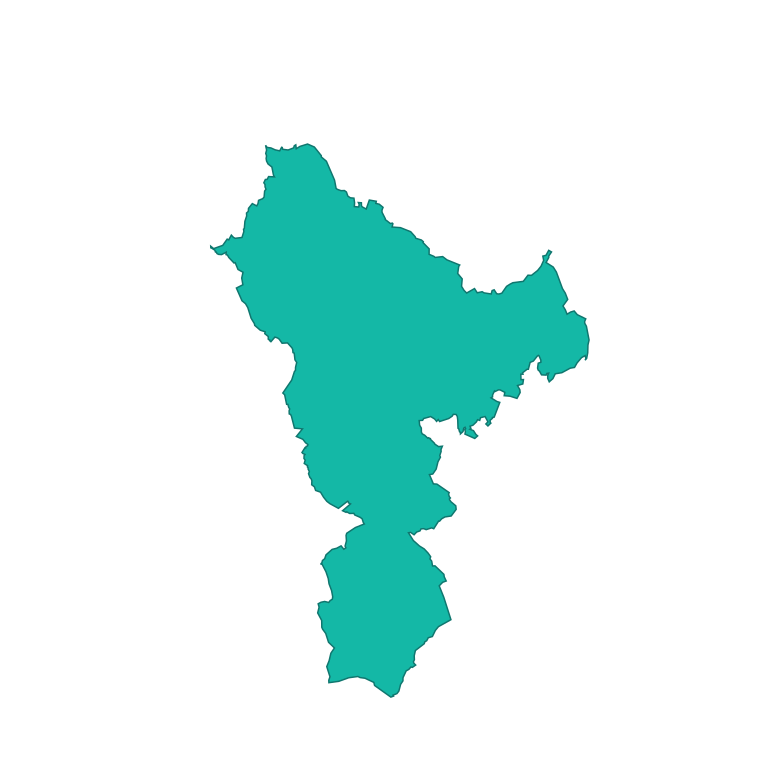 outline of Lupeni, Harghita, Romania, rotated 146°
{"feature_id": "2599482B15236521048096", "entity_name": "Lupeni", "entity_type": "district", "adm_level": 2, "iso_a3": "ROU", "parent_name": "Romania", "parent_adm1": "Harghita", "projection": "albers", "projection_center": [25.242, 46.419], "detail": "fine", "context": "isolated", "style": "filled", "palette": "teal", "viewbox_px": 768, "rotation_deg": 146, "n_neighbors": 0, "source": "geoboundaries", "source_scale": "gbopen_adm2", "svg_char_len": 6171}
<svg xmlns="http://www.w3.org/2000/svg" viewBox="0 0 768 768"><g transform="rotate(146 384 384)"><path d="M450.6,595.1L451.2,594.1L450.7,594.1L451.0,593.2L449.4,589.5L449.9,587.7L449.3,587.3L449.5,585.5L448.7,584.0L446.3,582.1L441.1,581.5L442.6,579.6L441.7,578.4L441.9,575.6L440.7,568.2L439.5,567.8L441.0,560.6L438.4,555.5L442.7,551.4L445.5,545.2L452.7,546.1L455.2,532.4L453.9,528.0L454.2,523.5L457.4,512.8L457.7,506.5L458.4,504.9L456.5,497.8L453.3,493.7L454.7,492.4L453.4,488.1L454.9,485.9L454.1,484.3L454.6,484.0L454.1,482.3L448.2,483.9L446.5,481.7L445.8,479.7L445.7,474.8L441.0,472.0L440.1,465.4L440.4,463.7L441.9,460.9L441.2,459.8L444.3,453.8L444.3,450.7L448.0,447.3L449.8,444.8L451.2,444.5L458.3,438.9L472.9,433.1L472.4,430.6L476.1,421.6L475.1,420.9L476.1,417.9L476.1,416.1L477.6,414.9L479.3,412.2L478.5,411.0L478.7,409.2L482.9,397.5L476.7,392.4L486.0,389.5L482.2,383.5L481.9,379.1L480.9,376.4L482.0,375.4L483.5,375.8L484.7,374.8L485.1,375.4L490.3,373.1L490.1,371.7L488.9,369.8L490.3,369.3L492.0,367.0L491.9,365.0L494.6,362.7L493.0,359.0L493.9,358.1L493.7,357.0L494.5,355.9L494.9,353.1L496.7,351.9L497.7,347.9L497.4,346.3L497.9,344.1L500.3,340.9L499.2,337.7L500.2,334.0L497.1,329.8L497.4,324.0L497.0,318.7L495.8,315.1L491.3,306.4L479.8,307.2L479.4,306.7L479.9,305.3L478.8,303.3L489.2,302.1L487.2,298.8L486.4,298.9L484.9,295.9L481.3,293.6L481.5,291.8L478.4,286.9L477.5,284.5L478.6,280.8L478.6,279.0L488.0,281.0L498.4,281.1L500.1,279.7L502.9,274.9L506.9,271.4L507.2,269.5L509.7,269.5L510.1,273.8L515.1,274.3L519.5,275.9L527.6,274.8L530.9,272.3L533.7,272.1L535.5,270.5L536.7,270.3L536.9,269.8L536.1,269.4L537.1,260.8L539.0,253.9L541.3,249.1L543.0,242.0L545.5,236.3L547.3,234.4L549.6,234.6L552.0,233.8L554.8,236.9L558.3,238.3L561.5,238.6L562.6,235.3L567.0,231.3L567.9,222.8L571.6,217.1L572.0,215.0L571.8,209.8L574.4,200.9L572.7,192.9L578.6,190.5L584.2,185.3L589.5,181.7L592.5,171.5L595.4,169.3L596.7,167.2L587.8,162.8L577.5,160.2L569.2,156.1L568.0,154.0L564.3,150.7L559.3,142.3L560.4,139.3L553.4,120.6L550.6,119.9L550.5,121.0L546.4,120.1L543.4,121.1L538.2,125.7L534.3,127.3L532.5,129.9L526.0,133.8L523.0,133.5L519.9,134.3L518.9,133.2L514.9,133.3L515.4,135.9L514.9,137.3L513.0,138.4L510.9,141.8L507.0,145.5L495.8,146.2L494.5,147.4L492.1,147.3L489.2,148.9L485.1,147.6L479.2,151.0L474.5,152.4L460.3,151.2L453.7,173.7L451.1,185.8L446.2,186.8L442.6,185.9L441.9,190.4L440.8,192.7L443.4,204.7L445.5,206.0L443.5,210.5L443.7,213.3L441.9,214.7L442.0,219.2L442.9,224.8L445.2,229.9L447.2,237.8L446.9,247.0L444.9,246.1L443.4,242.2L439.7,243.0L436.3,242.1L434.3,243.2L431.9,241.8L430.5,239.7L425.0,238.1L423.7,236.2L415.4,239.8L414.6,239.2L411.6,240.0L407.8,239.7L402.1,237.0L394.3,239.7L392.6,242.9L394.3,248.8L394.4,251.3L394.0,252.2L392.7,252.4L392.9,254.1L392.0,256.7L390.7,257.5L396.1,271.4L398.9,273.6L397.0,283.5L393.9,282.1L388.3,284.3L382.8,289.3L378.1,291.8L377.8,293.5L374.4,296.1L373.4,297.8L370.4,299.8L373.8,301.6L375.5,305.8L375.3,306.7L376.5,312.5L376.1,312.8L377.2,314.6L378.0,314.6L378.9,318.8L380.2,321.3L379.9,323.2L377.7,326.6L377.5,329.9L375.3,334.0L372.3,332.3L370.4,333.2L363.5,330.9L361.6,326.7L361.3,323.6L358.9,324.2L358.9,321.8L349.7,319.2L345.5,319.2L343.5,320.1L341.2,318.4L341.4,316.1L343.0,312.9L347.4,305.9L347.1,305.0L348.1,302.1L347.7,301.2L348.5,299.9L345.1,300.4L342.6,302.8L341.0,302.8L341.3,301.3L342.6,300.8L343.2,298.9L344.9,297.2L339.2,288.1L335.4,288.6L336.0,290.8L335.9,295.3L338.1,298.5L336.8,298.5L336.3,300.9L333.3,300.1L328.6,300.9L326.4,302.1L325.0,300.3L322.8,302.1L318.4,300.5L319.0,294.5L321.9,293.9L321.3,291.1L317.4,291.8L317.7,292.2L316.3,294.6L313.3,294.9L312.9,295.6L311.2,294.9L298.3,304.0L300.2,306.4L303.0,312.7L301.2,312.6L300.1,314.2L296.4,316.4L296.3,315.7L292.3,315.1L291.0,314.1L288.5,309.5L290.9,307.1L286.3,303.4L281.8,297.7L275.9,300.8L274.6,303.3L274.2,308.1L268.9,306.4L265.9,309.7L268.0,311.0L265.1,315.6L263.3,314.4L262.9,315.8L257.1,316.2L256.1,315.5L250.8,320.2L247.3,319.5L241.4,321.4L240.0,321.4L239.7,320.7L240.6,316.1L241.8,314.3L244.5,315.0L247.8,311.3L248.4,309.3L247.9,307.6L248.3,303.5L244.6,300.7L243.1,301.7L241.4,300.9L243.4,299.6L245.1,297.2L245.8,293.4L241.0,294.0L236.3,296.7L230.2,293.9L220.8,293.0L216.8,291.2L212.2,293.5L205.5,295.4L201.4,295.1L202.4,292.2L204.0,291.3L201.7,291.9L197.7,295.9L193.1,302.3L189.4,305.8L183.9,318.7L183.6,322.2L182.5,323.8L180.3,325.2L185.0,333.4L185.5,338.2L189.0,339.3L193.2,339.5L192.2,344.1L192.0,348.6L184.4,351.4L182.9,358.0L182.7,363.3L178.5,380.4L178.3,386.3L181.7,394.1L176.7,396.7L175.8,398.0L171.3,399.8L172.7,402.7L177.7,400.1L180.8,401.2L182.5,397.2L188.0,393.8L193.2,392.2L201.0,391.6L203.8,393.7L211.1,391.2L220.5,395.9L223.7,396.3L227.8,396.4L235.5,393.4L238.4,394.3L240.1,395.8L240.0,400.5L242.1,401.0L244.8,398.7L250.1,403.6L251.0,405.6L255.7,407.5L255.6,412.5L264.6,413.2L265.3,416.8L265.1,421.6L260.4,427.4L261.1,434.4L256.3,439.7L254.7,440.3L262.4,451.7L264.1,456.8L270.8,460.3L271.3,462.0L274.1,466.3L271.0,470.8L272.6,479.4L271.8,480.0L272.5,482.5L276.2,487.1L275.8,488.7L276.7,495.3L282.9,504.4L289.5,509.6L287.0,511.9L287.1,512.7L289.0,513.5L291.0,519.7L290.5,520.3L289.6,527.5L288.4,529.3L286.0,531.0L287.4,535.7L289.8,538.3L288.2,539.8L293.3,544.7L300.9,539.0L303.0,543.0L303.0,544.4L301.4,546.9L303.8,548.8L304.2,546.7L306.0,544.9L309.4,547.7L307.1,550.6L305.0,554.9L307.8,557.2L308.9,560.0L307.8,564.2L308.6,566.5L311.5,568.3L313.9,571.6L314.3,573.0L311.0,580.7L307.2,600.9L309.0,607.3L308.3,608.4L309.2,619.4L313.2,625.7L320.9,628.0L325.2,628.1L323.4,631.6L325.1,631.7L326.9,630.3L332.6,631.6L336.7,635.2L336.1,637.0L336.5,637.5L340.1,635.6L343.3,639.0L345.7,642.9L348.6,645.5L348.7,648.1L350.5,643.6L353.1,641.3L353.8,638.8L355.6,636.9L356.7,634.5L357.1,631.2L355.6,626.6L358.9,618.8L359.0,617.0L363.7,620.5L366.4,619.0L368.0,619.9L371.1,618.0L371.1,615.9L372.4,613.9L372.9,611.5L375.1,610.7L378.9,606.0L381.0,605.5L385.3,606.4L387.6,604.0L389.9,602.8L392.3,607.2L398.1,605.4L400.0,603.0L402.4,602.6L403.9,600.1L408.3,596.7L412.9,591.0L413.9,590.9L414.9,588.8L419.8,584.9L425.9,588.0L426.8,589.7L427.3,592.8L432.1,590.3L433.0,591.8L440.2,589.1L449.5,591.5L450.6,595.1Z" fill="#14b8a6" stroke="#0f766e" stroke-width="1.5"/></g></svg>